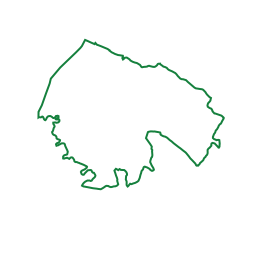 the district of Atsa, Al Fayyum, Egypt, rotated 205°
{"feature_id": "37247803B59509070430414", "entity_name": "Atsa", "entity_type": "district", "adm_level": 2, "iso_a3": "EGY", "parent_name": "Egypt", "parent_adm1": "Al Fayyum", "projection": "albers", "projection_center": [30.709, 29.208], "detail": "fine", "context": "isolated", "style": "outline", "palette": "green", "viewbox_px": 256, "rotation_deg": 205, "n_neighbors": 0, "source": "geoboundaries", "source_scale": "gbopen_adm2", "svg_char_len": 5787}
<svg xmlns="http://www.w3.org/2000/svg" viewBox="0 0 256 256"><g transform="rotate(205 128 128)"><path d="M103.3,75.3L102.9,77.0L102.5,78.4L101.7,78.4L101.1,78.6L100.0,79.8L98.2,81.4L96.8,83.3L96.5,83.9L96.2,84.6L96.3,87.8L96.7,89.8L96.9,90.8L97.1,92.8L97.4,94.1L97.5,94.7L97.3,95.5L97.2,96.0L96.9,96.7L97.0,97.6L97.1,98.1L97.2,99.0L97.0,99.5L96.4,100.1L95.5,100.1L94.5,100.3L93.6,100.3L92.4,100.2L91.0,100.0L90.1,99.5L88.7,99.3L88.1,99.3L87.3,100.1L87.2,100.6L86.9,101.1L88.0,102.3L90.7,104.1L93.5,106.5L94.0,108.3L94.3,111.2L94.0,111.8L94.2,113.0L94.5,113.8L96.4,117.2L96.6,118.0L96.8,118.4L97.9,119.0L98.2,119.9L98.6,121.2L100.9,122.7L107.4,126.4L108.2,132.7L107.8,133.2L107.0,133.8L106.2,134.4L104.7,135.1L103.8,135.4L102.4,136.1L100.5,136.6L98.7,137.1L96.9,137.5L96.2,136.8L96.1,136.5L95.9,136.0L95.4,135.7L93.6,135.5L92.4,135.5L90.4,135.9L88.3,135.7L85.1,134.7L82.9,134.3L82.2,134.1L80.3,133.5L74.1,132.1L71.9,131.7L68.7,130.9L65.5,130.2L64.3,129.7L61.0,128.1L58.7,126.8L56.2,125.9L51.9,124.2L50.4,123.0L49.8,122.9L48.7,123.5L48.9,123.8L48.0,124.9L47.9,125.5L47.9,126.6L47.1,128.4L46.4,130.1L46.2,130.9L46.3,132.6L45.9,133.9L45.6,134.4L45.5,135.9L45.1,136.8L45.0,137.3L45.1,138.4L45.3,139.1L46.6,141.8L46.5,142.6L46.4,143.2L46.1,143.9L45.8,144.4L45.5,145.2L45.3,146.1L45.0,147.1L45.2,147.7L45.7,148.6L45.7,149.4L45.1,150.2L43.7,150.5L42.8,150.6L38.5,148.9L37.8,148.5L37.5,148.5L37.3,148.6L37.2,149.8L37.4,150.1L38.0,151.8L38.4,152.8L40.1,155.6L40.4,155.6L40.9,155.5L41.9,155.0L42.8,154.3L43.4,154.5L45.2,154.3L46.8,154.8L47.3,155.9L47.3,156.5L47.5,158.7L47.1,160.7L47.4,162.7L47.0,163.9L46.8,164.5L46.6,166.9L46.7,168.3L46.5,169.5L46.3,170.3L45.8,170.9L45.6,172.1L45.6,174.1L45.3,177.0L45.6,177.7L46.1,177.7L46.2,178.0L48.5,178.7L55.2,178.0L55.8,177.7L58.4,178.8L58.9,179.5L59.4,179.8L59.5,180.0L60.1,180.3L60.4,180.6L60.8,180.7L62.6,180.6L64.7,181.0L65.5,182.0L65.7,182.9L65.9,184.2L65.7,184.6L65.6,185.4L65.3,185.8L65.2,186.3L64.9,187.5L65.0,188.0L65.3,189.3L65.5,190.3L67.3,190.5L70.5,191.7L71.8,192.4L72.9,193.2L76.0,194.4L77.3,194.4L78.8,193.9L83.3,192.6L84.8,192.7L93.1,195.0L94.8,195.6L95.6,195.9L97.2,195.7L97.7,195.6L98.6,195.5L100.1,194.9L101.2,194.9L101.9,195.0L103.3,195.6L104.5,196.0L107.0,197.3L108.5,197.8L110.8,197.9L111.4,198.0L115.2,197.9L116.0,198.0L117.1,198.3L118.3,198.9L120.3,198.9L121.9,198.6L123.0,198.9L126.1,199.5L126.2,199.8L127.7,199.0L128.1,198.4L128.2,197.2L128.5,196.5L129.2,195.2L130.1,194.4L131.6,193.9L132.7,193.7L133.6,193.5L135.2,193.3L136.1,192.6L136.4,192.0L137.6,191.1L139.1,190.3L140.3,189.5L140.9,189.0L141.6,189.0L143.0,189.8L143.9,190.3L145.3,190.4L146.7,190.6L147.6,190.6L149.5,190.2L151.8,190.0L154.3,190.2L154.6,190.4L155.9,190.9L158.7,191.3L159.4,191.1L160.8,190.1L161.0,188.9L161.5,188.0L162.7,189.0L162.8,190.7L163.2,191.3L166.4,190.4L167.9,189.9L169.3,189.8L171.1,189.6L173.0,189.7L174.7,189.7L177.5,190.3L177.5,190.6L179.9,191.0L187.2,190.7L190.1,190.5L191.1,190.3L193.5,191.3L193.7,189.9L198.1,189.8L201.0,189.8L204.1,189.7L204.4,182.8L205.0,180.4L207.0,174.8L211.8,162.4L215.0,154.1L218.8,140.1L217.8,135.2L216.9,124.5L215.7,112.2L215.9,104.8L213.6,99.7L213.3,100.2L211.5,100.8L211.2,101.1L210.7,101.8L210.6,102.1L210.2,102.2L209.5,102.0L208.9,101.5L207.8,100.5L206.9,100.1L206.3,100.1L206.0,100.7L205.9,101.3L205.9,103.3L205.4,104.7L205.0,105.1L204.5,105.5L203.5,106.0L202.4,106.0L201.6,105.9L200.4,105.5L199.8,105.5L198.9,106.1L198.6,106.9L198.5,107.3L198.4,108.3L197.9,108.7L197.4,109.0L196.9,109.4L196.0,109.4L195.3,107.9L195.9,107.4L196.8,106.6L197.1,106.3L197.1,105.4L196.8,105.4L196.3,105.6L195.6,105.9L195.1,106.2L194.7,106.4L194.1,106.4L193.6,106.3L193.1,105.4L193.2,104.5L193.5,103.7L194.6,102.8L195.1,102.5L195.8,102.4L196.4,102.3L198.0,101.3L197.5,100.3L196.9,99.8L196.1,99.4L195.5,98.8L195.1,98.2L195.3,96.8L195.2,95.9L194.8,93.8L195.1,92.2L194.5,91.6L194.1,91.1L193.5,90.7L192.7,90.4L190.8,90.5L190.3,90.4L190.0,90.2L189.6,90.1L189.2,89.8L188.8,89.2L188.6,88.7L188.1,88.3L187.7,88.2L186.9,88.2L185.1,88.4L184.5,88.3L184.3,87.8L184.3,86.9L184.4,86.3L184.7,85.5L186.1,84.0L186.4,82.9L186.1,82.5L185.3,81.7L184.6,82.4L184.0,82.8L183.6,83.5L183.3,83.9L183.0,84.2L181.7,86.0L180.5,86.6L179.7,86.9L178.8,86.8L178.4,86.5L178.0,86.1L177.4,85.3L176.6,84.6L174.7,83.0L173.6,82.1L172.6,81.1L172.6,80.8L172.4,80.5L172.0,78.4L172.4,77.9L173.8,76.8L174.5,75.9L174.7,74.7L173.9,73.0L173.5,73.1L173.0,73.2L172.3,74.0L171.4,74.6L171.1,75.0L170.7,75.1L170.4,75.3L168.2,75.2L168.1,75.5L167.5,76.9L167.0,77.4L166.2,77.7L165.7,77.7L164.5,77.1L163.3,76.3L162.5,75.2L162.0,75.0L161.0,75.0L160.5,75.3L159.9,75.5L158.4,75.5L157.3,75.7L156.3,75.6L155.2,75.8L154.0,75.8L152.9,75.9L150.2,75.8L149.4,75.8L148.8,75.6L148.7,75.1L148.6,74.7L149.5,72.7L149.9,72.0L151.4,70.3L152.0,69.4L152.1,68.2L150.6,66.7L149.4,66.5L148.4,66.9L148.2,67.3L148.1,68.3L147.8,69.2L146.6,72.6L144.4,74.0L143.5,74.2L143.2,74.1L141.8,72.9L140.8,72.7L140.7,72.8L139.9,73.0L139.5,72.7L138.9,72.3L138.1,71.8L137.8,71.5L137.4,71.1L137.3,70.5L137.3,69.9L137.4,69.3L137.5,69.0L138.1,67.6L138.4,66.8L138.6,65.5L138.7,64.9L139.5,64.2L140.5,64.2L142.0,63.5L142.6,63.2L144.1,61.3L144.9,59.5L145.2,58.1L145.3,57.5L145.3,56.7L145.3,56.3L143.7,56.2L143.1,56.4L136.4,58.1L134.7,58.5L133.7,58.8L130.7,59.8L129.2,60.2L126.8,61.0L125.6,62.6L124.3,64.7L123.9,65.5L123.2,66.4L121.4,67.1L120.8,67.0L119.5,67.0L118.5,67.2L117.5,67.9L116.3,69.0L114.7,69.9L113.8,70.9L113.3,71.8L113.1,72.9L113.6,73.4L115.5,75.6L115.8,76.7L116.7,77.9L117.4,78.6L118.8,79.9L120.4,81.7L121.6,82.9L122.3,83.7L121.7,85.9L121.1,85.9L119.0,85.7L118.3,87.2L117.7,87.2L116.8,87.0L113.6,88.3L112.2,87.9L110.7,87.2L109.6,86.1L109.3,85.6L109.1,85.0L109.4,83.6L108.2,80.4L107.1,79.4L106.5,78.7L106.0,77.6L105.5,76.4L105.1,75.7L104.2,75.1L103.6,74.8L103.3,75.3Z" fill="none" stroke="#15803d" stroke-width="2"/></g></svg>